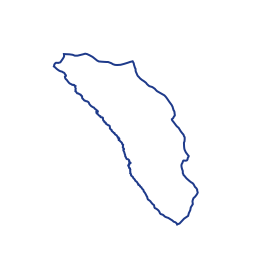 the district of Almeida, Boyacá, Colombia, rotated 299°
{"feature_id": "7082276B20478677615744", "entity_name": "Almeida", "entity_type": "district", "adm_level": 2, "iso_a3": "COL", "parent_name": "Colombia", "parent_adm1": "Boyacá", "projection": "equal_earth", "projection_center": [-73.391, 4.96], "detail": "fine", "context": "isolated", "style": "outline", "palette": "blue", "viewbox_px": 256, "rotation_deg": 299, "n_neighbors": 0, "source": "geoboundaries", "source_scale": "gbopen_adm2", "svg_char_len": 5693}
<svg xmlns="http://www.w3.org/2000/svg" viewBox="0 0 256 256"><g transform="rotate(299 128 128)"><path d="M147.4,182.0L148.0,180.9L148.8,180.1L149.1,179.7L149.8,177.8L150.6,175.9L152.7,172.2L153.0,170.5L153.4,169.2L155.2,165.2L155.9,163.4L156.2,162.8L156.9,162.1L157.7,162.4L158.6,162.7L159.2,162.7L160.3,162.6L161.5,162.9L162.0,162.7L162.3,162.5L163.3,161.7L164.5,160.9L164.8,160.6L165.2,160.1L165.9,158.9L166.8,158.1L167.3,157.5L168.0,156.9L169.3,155.0L171.0,151.3L172.2,148.9L172.9,147.5L173.6,145.9L174.2,144.0L174.3,135.6L174.6,134.4L175.0,133.2L175.3,132.5L175.5,130.6L175.6,129.5L175.4,128.4L175.0,126.6L175.0,125.8L175.6,123.3L176.2,122.0L176.4,121.1L176.7,119.0L176.8,117.0L177.2,114.6L177.9,112.7L178.2,111.5L178.7,110.6L179.9,109.1L180.7,108.0L181.5,107.1L183.4,105.9L184.1,104.8L184.8,104.1L186.0,102.8L187.4,101.6L188.6,99.7L187.9,99.0L186.8,97.8L185.1,96.3L182.2,93.5L179.7,90.9L177.8,87.9L176.9,86.0L176.5,83.9L176.6,82.1L176.1,78.7L174.8,76.2L173.3,73.0L172.1,70.3L172.0,68.5L173.0,62.6L173.0,59.2L172.8,56.3L172.2,54.5L170.6,52.9L166.9,48.9L165.5,46.5L165.2,44.1L164.1,41.2L161.6,36.1L159.9,37.3L158.7,37.5L156.7,37.4L152.8,37.0L152.4,36.8L151.7,36.0L151.2,35.6L150.6,34.3L150.1,33.4L149.3,33.0L148.4,32.8L147.3,32.9L146.7,33.2L145.9,33.3L145.8,34.4L145.1,37.1L144.9,38.7L144.8,39.6L144.8,40.7L145.0,41.9L145.1,42.2L145.3,42.9L145.2,44.2L145.3,44.8L145.3,45.2L145.2,45.7L144.7,46.6L144.5,46.9L144.0,48.1L143.6,48.4L143.2,48.4L142.4,47.9L141.8,48.3L141.2,48.9L140.6,49.9L140.4,51.1L139.8,52.3L138.9,54.5L138.7,55.6L138.8,57.1L138.7,58.4L139.2,58.9L139.2,59.6L139.5,60.0L139.5,60.3L139.2,60.6L139.1,60.8L139.2,61.6L139.2,61.8L138.6,61.8L138.3,61.9L138.0,62.1L137.0,63.3L136.5,63.4L136.2,63.4L135.9,63.5L135.4,64.1L134.7,64.1L134.6,64.3L134.4,65.3L133.8,66.4L133.7,66.9L134.1,67.7L134.1,68.5L134.0,69.0L134.1,69.9L134.2,70.2L134.2,70.5L133.7,71.0L133.7,71.3L133.7,72.0L133.4,72.2L133.2,72.6L133.0,72.8L132.2,73.2L132.0,73.4L131.6,74.2L131.6,74.7L131.2,75.6L131.0,76.1L130.9,76.5L130.9,76.9L131.2,77.6L131.1,78.5L131.4,79.0L131.5,79.5L131.5,80.1L131.4,80.9L130.9,81.8L130.2,82.6L129.7,83.9L129.4,84.8L129.3,85.7L129.2,87.0L129.3,88.0L129.3,88.4L129.2,88.7L128.8,89.5L128.6,91.0L128.4,91.8L128.3,92.9L128.0,93.5L127.7,93.7L127.4,93.7L127.1,93.2L127.0,92.4L126.8,92.4L126.2,92.9L125.9,93.1L125.6,93.6L125.5,94.9L125.0,96.0L124.9,96.6L124.8,97.1L124.9,97.8L124.9,98.1L124.5,98.3L124.3,98.6L124.3,98.8L124.3,99.3L124.8,100.4L124.8,101.0L122.8,102.5L122.5,103.1L122.5,103.4L122.3,104.1L121.8,104.5L121.8,104.8L121.9,105.0L121.9,105.6L121.8,106.0L121.3,106.2L121.1,106.4L121.1,106.7L121.0,107.2L120.9,107.7L120.9,108.0L121.0,108.4L121.0,108.7L120.8,109.1L120.8,109.4L121.0,109.9L121.0,110.7L120.8,111.1L120.1,111.6L119.8,111.9L119.4,112.1L118.8,112.4L118.6,112.9L118.4,113.7L118.4,114.3L118.3,114.6L118.2,114.8L117.7,115.0L117.5,115.4L117.2,117.0L116.8,118.0L116.8,118.3L117.0,118.6L116.9,118.9L116.7,119.0L116.3,119.4L116.1,120.2L116.1,121.1L116.1,121.5L115.2,123.3L114.9,123.5L115.1,123.9L115.1,124.3L114.7,124.7L114.6,125.4L114.5,125.5L114.0,125.0L113.8,125.3L113.8,125.5L113.6,125.6L113.3,125.6L113.1,125.6L112.9,125.8L113.1,126.5L112.7,127.4L112.5,128.3L112.3,129.1L112.1,129.8L111.6,130.4L111.3,130.5L111.2,130.7L111.0,131.8L110.4,131.9L110.0,132.2L109.9,132.4L109.7,132.5L109.4,132.5L108.7,132.7L108.5,132.9L108.2,133.3L108.1,134.0L107.9,134.4L107.7,134.7L107.5,134.8L107.3,134.8L106.7,134.5L106.2,134.8L105.1,136.4L103.7,137.7L103.5,138.1L103.1,138.5L101.8,139.4L101.6,139.8L101.5,140.3L100.7,141.1L100.4,141.6L100.3,142.3L100.6,142.9L100.7,143.3L100.6,143.8L100.3,144.7L99.9,145.0L99.6,145.0L99.4,145.1L99.2,145.6L98.8,145.6L98.7,145.7L98.9,146.4L98.9,146.8L98.8,147.0L98.7,147.2L98.2,147.1L98.0,146.9L97.9,146.5L97.6,146.2L97.4,146.2L97.0,146.5L96.8,146.5L96.5,146.8L96.3,146.9L95.7,146.3L95.2,146.4L94.8,147.1L94.5,147.6L93.7,148.3L93.6,148.5L93.8,148.7L93.8,148.9L93.7,149.2L93.6,149.4L93.3,149.6L93.1,149.7L92.6,150.3L92.2,150.3L91.8,150.5L91.4,150.9L91.0,151.0L90.4,151.6L89.5,151.8L89.4,152.1L89.3,152.6L89.2,152.8L88.9,153.0L88.7,153.3L88.3,153.4L88.2,153.6L87.9,154.0L87.7,155.0L87.6,155.8L87.4,156.2L86.8,156.9L86.6,157.4L86.5,158.1L86.1,159.1L85.5,159.8L85.4,160.1L85.2,161.6L84.8,162.6L84.1,163.6L84.1,164.0L83.7,164.1L83.3,164.6L83.3,165.0L83.5,165.7L83.4,166.2L83.3,166.4L82.9,166.7L82.8,166.9L82.7,167.4L82.6,167.6L82.6,168.5L81.9,169.4L81.5,170.7L81.4,171.2L81.1,171.7L80.8,172.0L80.2,172.5L79.6,174.1L79.4,174.4L78.5,175.9L78.3,176.1L77.9,176.8L77.5,177.2L77.4,177.6L77.1,178.1L76.9,178.4L76.4,178.6L75.2,180.0L75.1,180.9L74.9,182.6L74.7,183.3L74.5,183.6L73.9,185.0L73.8,185.4L73.4,186.3L73.2,188.0L73.0,188.3L71.5,189.5L71.2,189.9L71.0,190.3L71.0,190.6L71.1,192.0L70.9,193.5L70.6,194.7L70.1,195.8L69.0,197.2L68.7,197.9L68.6,198.4L68.7,198.9L69.0,200.4L69.0,200.9L68.8,201.4L68.8,202.0L68.5,202.6L68.4,203.9L68.7,205.9L68.9,206.8L68.7,210.0L68.7,210.9L68.5,212.2L68.2,213.3L68.5,215.0L68.4,215.9L68.2,216.7L67.4,217.8L68.4,218.4L68.7,218.8L69.5,219.4L75.9,221.0L80.3,223.2L83.0,222.5L86.3,222.3L89.0,221.4L92.8,221.6L95.2,219.9L96.8,219.5L98.4,219.3L100.5,220.0L102.5,220.3L104.1,220.4L105.3,220.3L107.0,218.7L107.7,218.3L108.5,216.9L109.0,215.0L110.5,212.8L111.1,211.2L111.1,209.7L111.5,207.2L112.3,203.6L113.6,200.3L113.8,199.4L114.8,198.3L115.2,197.7L115.7,197.5L117.0,196.7L118.4,195.1L119.8,193.8L120.9,193.0L122.2,192.5L123.7,192.5L125.8,192.2L126.2,192.2L126.6,192.5L127.2,194.0L127.8,194.8L128.3,195.2L129.3,195.3L130.8,194.8L131.6,194.8L132.2,194.9L132.9,194.7L133.1,194.1L134.7,190.5L136.1,188.5L136.8,187.7L137.6,187.0L139.2,185.9L142.0,184.2L142.6,184.0L143.7,183.9L145.9,182.9L147.4,182.0Z" fill="none" stroke="#1e3a8a" stroke-width="2"/></g></svg>